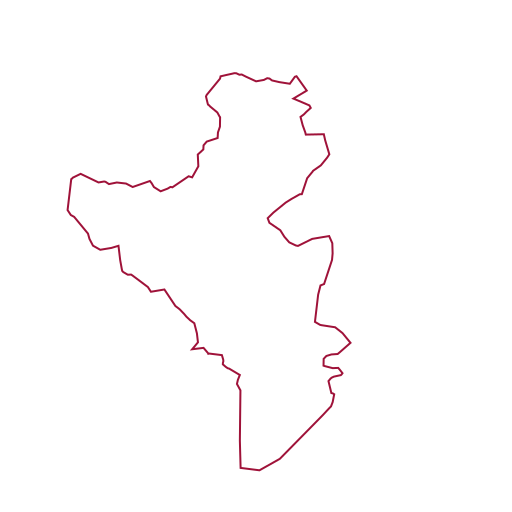 outline of Jaba, Kaduna, Nigeria, rotated 322°
{"feature_id": "59680162B63355484795141", "entity_name": "Jaba", "entity_type": "district", "adm_level": 2, "iso_a3": "NGA", "parent_name": "Nigeria", "parent_adm1": "Kaduna", "projection": "mercator", "projection_center": [8.036, 9.475], "detail": "fine", "context": "isolated", "style": "outline", "palette": "rose", "viewbox_px": 512, "rotation_deg": 322, "n_neighbors": 0, "source": "geoboundaries", "source_scale": "gbopen_adm2", "svg_char_len": 2480}
<svg xmlns="http://www.w3.org/2000/svg" viewBox="0 0 512 512"><g transform="rotate(322 256 256)"><path d="M390.3,173.0L390.8,170.2L382.4,155.0L397.8,156.9L398.6,139.3L397.0,138.7L388.7,141.1L381.4,133.3L376.7,127.5L375.9,124.5L374.3,122.8L370.6,122.1L363.6,118.4L358.5,108.5L356.5,104.2L354.5,102.9L353.0,99.9L351.5,98.6L349.5,97.7L344.7,95.4L338.7,92.6L336.8,94.1L316.3,98.7L314.8,99.5L314.7,99.7L311.9,105.9L311.4,107.1L311.5,107.3L311.8,108.4L311.9,109.9L313.9,119.1L313.1,124.0L313.2,124.3L313.1,124.6L307.2,131.9L302.1,135.2L298.4,139.4L287.6,135.5L282.8,136.5L280.1,139.6L272.6,140.2L265.8,149.8L254.1,154.7L252.0,151.7L232.4,150.4L231.8,149.6L231.1,148.9L227.9,148.5L227.2,148.3L220.7,146.3L218.0,138.8L218.6,134.4L218.6,131.6L201.3,125.7L198.2,118.9L191.6,112.4L184.4,108.8L183.1,104.9L182.2,103.8L177.2,101.1L168.4,83.3L159.9,81.5L158.9,81.7L158.4,81.7L157.7,81.7L135.8,103.8L135.3,109.7L136.8,113.2L137.4,134.9L135.3,140.0L133.9,147.5L137.1,155.2L147.0,160.6L153.9,163.3L146.4,175.7L142.4,183.3L141.4,185.3L141.5,186.9L143.4,191.7L143.7,192.0L146.1,193.7L146.6,195.1L151.7,213.9L151.2,219.5L163.2,226.0L161.7,245.8L162.8,249.9L163.1,251.4L163.4,254.6L163.7,257.3L163.8,261.0L163.9,261.6L164.4,264.7L164.5,265.8L166.0,271.0L161.8,280.6L157.1,288.3L148.3,290.2L158.1,296.1L158.4,303.2L158.2,303.7L159.1,304.1L168.1,313.1L166.4,317.4L165.6,318.7L164.2,319.8L163.2,320.9L163.2,321.1L163.9,324.7L164.6,327.0L165.5,328.2L170.0,339.8L165.4,342.5L162.2,345.1L161.0,352.3L129.5,391.7L113.4,413.5L126.8,427.0L149.9,430.5L210.7,422.5L220.1,421.0L221.8,420.8L222.5,420.7L226.5,418.3L232.5,413.1L232.0,411.7L231.8,411.4L231.0,410.4L236.1,399.2L239.3,398.5L240.3,398.5L240.9,398.5L242.6,398.9L243.1,399.0L249.5,402.1L250.6,402.0L252.0,401.6L252.0,397.0L251.9,394.8L247.7,391.8L247.4,391.6L242.4,385.1L241.7,384.0L246.0,378.7L249.9,378.1L254.8,380.0L255.7,380.6L260.0,383.5L263.1,383.4L277.0,382.6L276.7,370.0L274.5,360.9L266.4,352.3L264.9,350.7L264.1,349.7L261.9,344.2L270.9,335.1L281.2,324.7L288.7,318.9L292.4,320.0L313.5,305.9L318.0,301.1L324.0,292.9L325.9,285.3L310.8,277.1L297.7,274.4L295.3,273.9L293.9,272.3L290.6,265.7L290.2,258.3L291.0,250.7L287.0,238.1L288.5,233.4L296.5,232.5L312.3,232.2L319.2,232.9L328.5,234.3L330.2,235.5L344.2,226.2L352.7,224.3L353.4,224.0L362.9,224.5L372.6,222.3L376.4,221.0L381.8,207.3L384.4,201.8L370.0,191.0L370.9,189.0L373.3,181.7L376.7,173.8L380.7,173.9L381.6,173.8L384.5,173.4L390.3,173.0Z" fill="none" stroke="#9f1239" stroke-width="2"/></g></svg>